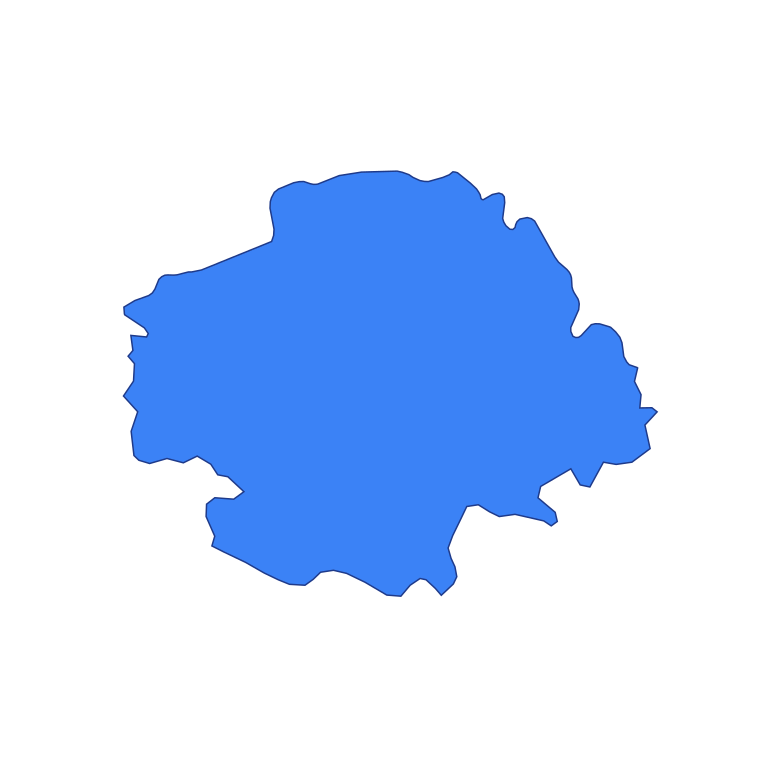 outline of Herefordshire, rotated 116°
{"feature_id": "GBR-2775", "entity_name": "Herefordshire", "entity_type": "Unitary Authority", "adm_level": 1, "iso_a3": "GBR", "parent_name": "United Kingdom", "parent_adm1": "", "projection": "albers", "projection_center": [-2.802, 52.104], "detail": "fine", "context": "isolated", "style": "filled", "palette": "blue", "viewbox_px": 768, "rotation_deg": 116, "n_neighbors": 0, "source": "natural_earth", "source_scale": "10m", "svg_char_len": 2331}
<svg xmlns="http://www.w3.org/2000/svg" viewBox="0 0 768 768"><g transform="rotate(116 384 384)"><path d="M203.2,496.7L186.9,465.5L185.7,460.4L184.9,453.4L185.6,448.5L185.4,440.9L184.2,436.5L182.6,432.9L172.6,421.7L167.3,417.0L163.1,415.1L162.3,412.8L161.9,410.5L165.6,394.4L168.1,386.4L170.0,383.1L171.8,380.5L174.7,378.2L175.2,376.7L174.9,375.6L166.2,369.7L162.0,364.4L161.6,360.8L163.0,358.0L168.1,355.0L183.2,349.9L186.0,347.3L188.3,343.8L189.7,338.7L188.6,335.9L185.9,334.8L183.1,335.5L179.8,335.6L176.2,334.2L171.6,328.2L170.8,324.0L171.5,320.0L195.0,286.1L198.0,280.6L200.9,269.8L202.3,266.6L204.1,264.1L206.5,262.0L214.3,257.6L216.7,255.5L218.5,253.3L222.5,247.0L224.2,245.3L226.5,243.6L231.9,241.6L251.4,240.9L254.9,239.1L258.3,235.1L258.2,232.1L256.8,229.6L254.1,228.0L239.8,223.7L237.2,220.5L235.4,216.5L233.8,206.7L233.7,205.1L235.6,198.7L238.6,192.5L242.6,188.2L254.2,180.5L257.8,175.5L259.2,172.1L258.2,163.2L257.8,163.2L271.9,160.0L280.9,148.3L293.4,143.6L287.9,132.8L289.3,126.3L306.5,131.5L325.4,116.5L345.6,126.9L354.5,140.1L358.1,152.5L386.3,153.8L388.7,163.4L378.3,178.9L407.4,198.3L418.8,195.7L424.3,173.9L431.6,168.0L438.2,171.5L437.0,180.4L443.7,209.1L452.6,222.3L452.6,233.1L451.2,246.3L457.8,255.9L472.5,255.8L490.1,255.8L503.3,254.5L511.3,247.3L517.2,240.1L525.3,234.1L533.3,234.0L548.8,239.9L545.2,248.3L541.5,260.4L543.0,266.3L553.4,272.3L567.3,275.8L572.5,289.0L570.5,314.2L570.6,334.6L573.6,347.8L581.0,358.5L590.6,362.0L599.5,366.8L605.5,381.2L606.3,393.1L606.4,408.8L605.0,430.4L605.2,454.3L605.0,467.7L595.0,469.4L581.1,485.8L569.8,490.8L560.4,486.2L553.4,468.6L542.2,462.7L535.8,483.7L538.5,493.6L532.0,504.5L530.7,520.3L542.8,529.8L546.1,546.4L558.2,559.8L560.0,570.9L557.9,577.4L537.4,590.5L516.9,593.2L509.0,612.9L491.2,610.4L475.1,617.2L471.2,626.2L463.9,624.4L451.3,632.8L445.8,618.0L442.0,618.0L438.6,624.0L435.5,647.3L435.3,647.5L434.9,648.0L428.9,651.5L418.2,644.5L407.6,634.2L403.7,632.1L399.1,631.5L388.6,632.2L385.0,630.8L382.3,628.7L380.8,626.2L378.3,620.7L376.7,618.0L369.1,609.0L367.6,606.0L361.6,598.1L305.2,547.5L298.9,548.3L293.1,550.7L276.0,563.5L270.0,566.1L266.0,566.8L259.8,566.6L255.0,564.3L242.7,553.4L239.3,548.9L237.2,544.9L236.3,538.0L235.5,534.9L234.2,532.4L233.3,531.1L216.3,515.6L203.4,497.1L203.2,496.7Z" fill="#3b82f6" stroke="#1e3a8a" stroke-width="1.5"/></g></svg>